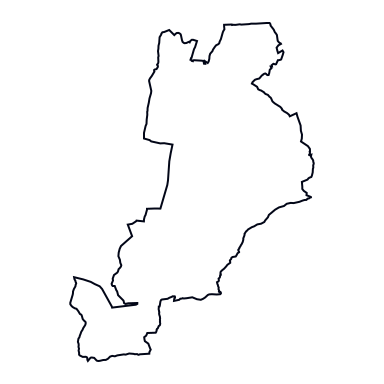 Schitu Golesti, Arges, Romania
{"feature_id": "2599482B88468084359717", "entity_name": "Schitu Golesti", "entity_type": "district", "adm_level": 2, "iso_a3": "ROU", "parent_name": "Romania", "parent_adm1": "Arges", "projection": "equal_earth", "projection_center": [25.003, 45.176], "detail": "fine", "context": "isolated", "style": "outline", "palette": "ink", "viewbox_px": 384, "rotation_deg": 0, "n_neighbors": 0, "source": "geoboundaries", "source_scale": "gbopen_adm2", "svg_char_len": 5909}
<svg xmlns="http://www.w3.org/2000/svg" viewBox="0 0 384 384"><path d="M311.8,197.1L311.5,197.2L306.5,195.2L306.7,192.9L303.8,190.9L302.3,189.0L302.3,186.7L301.9,181.9L307.5,179.6L308.4,178.4L309.4,177.7L311.3,177.0L311.9,175.6L312.7,172.4L312.9,168.8L313.3,167.7L313.2,165.3L313.7,163.8L313.7,163.0L313.3,161.9L313.2,160.6L312.7,159.5L311.7,158.3L310.9,156.6L311.3,154.7L309.8,155.2L309.2,155.1L309.1,154.8L309.9,153.5L310.0,153.1L309.8,152.5L310.0,152.0L309.7,151.5L310.0,151.1L309.9,148.9L307.9,146.1L301.0,141.5L301.8,138.6L302.0,134.6L300.9,130.8L300.6,125.5L297.5,116.8L296.5,113.2L289.8,116.3L289.0,114.7L287.1,113.1L284.1,111.4L282.0,109.6L281.9,108.7L280.3,106.9L275.0,103.6L273.3,102.2L272.4,101.3L271.1,98.3L270.5,97.5L269.5,96.8L267.9,94.9L265.6,94.0L264.6,93.2L264.1,92.4L261.1,90.5L260.0,90.2L258.2,89.3L257.1,86.8L253.2,84.3L251.9,83.6L252.5,82.2L254.9,79.8L256.5,79.2L259.3,78.5L261.9,75.4L262.7,75.0L263.3,74.3L264.4,73.7L265.4,73.5L266.2,74.0L266.8,74.7L267.6,75.1L268.6,75.0L269.2,73.2L269.8,69.7L271.4,68.3L270.7,66.5L272.0,66.5L271.7,65.2L273.4,63.8L275.4,64.4L276.1,64.2L277.9,60.2L278.7,60.2L280.8,59.7L281.2,59.3L282.8,54.7L283.5,52.2L282.5,50.5L278.1,53.1L277.4,50.9L276.6,47.7L278.4,45.3L281.0,43.9L280.7,43.4L279.6,42.9L278.8,42.2L277.7,40.8L276.9,35.0L275.8,33.3L274.9,32.3L273.7,29.6L270.6,25.6L270.4,24.2L269.6,23.0L266.6,23.0L255.5,23.7L251.0,23.7L249.0,24.1L241.3,24.6L239.7,24.3L235.5,24.9L233.5,24.8L232.0,25.0L231.8,24.5L224.1,24.8L224.1,26.2L224.4,29.3L223.3,31.1L222.8,32.3L220.9,39.1L219.7,41.5L219.2,43.3L218.3,44.2L216.1,45.3L214.9,46.8L213.0,49.6L212.4,51.2L210.2,53.7L209.5,56.0L209.3,58.9L208.6,61.6L207.7,63.0L205.0,61.2L205.3,63.8L204.0,63.7L203.5,61.0L201.9,60.7L193.9,60.2L193.1,60.5L192.9,61.2L191.8,60.9L191.8,60.3L190.5,59.8L191.1,58.0L191.5,57.9L194.0,49.2L195.1,47.1L197.0,41.0L193.2,39.8L191.8,39.8L190.3,41.0L189.7,42.3L189.2,41.9L188.7,41.9L186.3,43.0L184.6,43.2L183.8,42.9L182.6,41.9L182.0,40.2L181.0,35.5L180.7,34.4L180.1,33.8L179.4,33.3L178.4,32.9L176.8,33.0L175.6,33.8L174.3,35.1L169.2,30.0L164.2,32.0L162.4,32.3L161.4,33.6L161.2,34.6L159.6,37.2L159.2,43.0L158.5,45.8L158.4,48.7L158.0,51.1L158.6,56.0L158.2,57.3L158.4,61.9L158.2,63.0L157.8,63.9L157.1,64.5L157.1,64.9L157.8,65.7L157.9,66.8L157.4,67.7L156.5,69.1L154.8,69.5L154.2,69.9L154.1,70.9L154.4,71.6L151.7,76.1L150.0,78.4L149.2,80.0L149.1,81.0L151.3,90.9L151.0,93.3L149.5,98.4L148.8,102.7L147.6,108.0L147.5,111.0L147.2,111.7L147.3,114.8L146.7,119.5L146.5,123.9L145.6,126.0L144.0,132.9L144.0,138.5L149.6,140.1L151.2,141.4L160.3,143.4L164.2,143.2L172.5,144.6L170.7,153.2L169.3,161.3L168.0,180.4L167.3,185.0L160.4,208.6L155.3,208.5L147.0,208.8L147.0,209.7L145.5,215.1L144.7,216.5L144.0,219.3L143.9,221.4L136.5,220.6L136.2,221.2L132.3,223.8L127.8,224.6L132.1,236.2L121.0,246.0L119.7,248.8L118.7,252.6L118.4,256.2L119.9,259.8L120.3,262.8L121.3,265.2L120.9,266.6L120.0,267.8L118.6,269.2L118.0,271.4L117.3,272.6L114.0,275.0L112.7,278.7L113.0,280.5L111.6,283.8L112.1,285.4L112.7,286.0L114.7,286.0L116.4,290.4L117.1,291.3L118.1,295.2L123.5,300.6L124.1,303.1L125.4,303.9L128.2,303.3L137.3,303.0L137.3,303.9L135.9,304.7L112.1,307.6L111.8,306.5L102.1,289.0L99.7,286.3L94.8,284.1L90.8,281.9L83.2,279.4L74.1,277.2L74.5,279.3L75.4,280.8L75.6,282.0L76.0,282.6L76.2,283.5L75.7,284.6L75.4,286.4L73.9,289.0L73.0,291.6L73.0,293.0L72.7,294.7L70.3,302.7L70.3,304.2L71.3,305.7L72.6,307.0L74.8,308.3L76.5,308.8L78.4,311.3L79.9,313.9L81.0,314.5L81.5,315.0L81.9,316.0L82.7,319.0L84.0,320.6L85.4,321.8L85.6,322.3L85.7,323.1L85.4,324.6L85.0,325.4L83.3,328.0L82.5,329.9L81.3,331.7L80.5,334.0L79.8,335.7L79.5,337.0L79.3,337.5L78.5,338.5L78.4,338.9L77.9,341.9L78.6,343.8L78.7,345.2L78.5,346.9L79.0,348.7L78.6,350.6L79.1,352.7L79.1,354.7L79.9,355.5L82.7,356.9L85.8,356.8L86.9,357.3L87.2,357.7L87.4,359.9L87.9,360.9L90.2,358.1L91.1,357.5L91.8,357.5L94.2,357.9L96.5,360.4L97.1,360.8L98.6,361.0L100.0,360.8L103.2,360.0L105.8,359.9L106.4,359.6L107.9,358.8L110.1,356.6L112.2,355.9L114.9,356.3L117.3,355.4L123.8,354.4L125.7,354.6L129.2,353.5L133.8,353.9L134.7,354.2L137.2,354.1L137.9,354.6L138.7,354.8L139.8,354.3L149.3,353.7L149.4,352.1L150.7,349.6L150.1,348.3L148.3,343.6L144.9,341.2L144.5,339.6L144.2,337.2L146.1,335.7L146.7,334.5L147.3,333.0L155.7,332.7L156.2,331.9L156.7,330.3L156.6,329.9L156.8,329.3L157.1,328.8L157.4,328.7L157.8,328.3L158.7,326.1L159.8,325.3L160.2,323.9L160.2,323.3L159.9,321.9L160.1,321.1L159.9,319.7L160.1,318.6L159.9,316.6L159.3,314.8L159.1,313.7L159.3,312.1L159.1,311.9L159.0,310.6L158.7,309.7L158.7,308.2L158.8,307.5L158.8,306.6L159.5,306.5L159.8,305.5L160.4,301.5L161.0,300.1L161.9,299.5L167.6,298.8L169.3,297.8L172.1,296.7L172.5,296.3L174.7,296.3L175.0,296.9L175.0,297.8L174.5,298.1L174.2,299.2L174.0,300.9L179.2,299.8L180.3,298.7L181.8,298.6L182.6,298.2L183.8,298.5L186.7,298.2L192.3,297.3L196.9,299.2L200.8,299.8L203.1,298.8L205.1,297.5L207.8,295.0L209.2,294.4L211.9,294.2L216.8,294.5L220.2,294.2L220.9,293.5L220.8,292.4L220.3,291.9L219.8,291.7L219.3,292.0L218.9,291.7L219.1,290.5L218.5,289.1L218.7,287.6L218.0,285.9L217.9,285.0L217.4,284.0L217.0,282.2L218.4,281.4L218.7,281.0L218.9,280.3L218.6,278.6L219.8,277.5L220.1,276.2L220.1,275.2L220.8,274.9L220.8,274.0L220.4,273.3L220.6,272.0L221.0,271.4L222.2,270.2L224.1,268.7L226.2,266.4L227.4,264.8L230.2,262.8L230.2,261.8L229.9,260.8L229.9,260.4L231.1,259.1L231.5,257.7L232.6,257.0L235.7,256.5L236.4,255.5L237.6,253.2L239.1,252.2L239.1,251.9L238.3,250.3L238.3,249.7L239.3,248.5L239.3,247.9L240.5,246.1L240.8,245.3L241.5,244.4L242.7,242.0L243.3,239.7L243.3,238.3L244.3,235.8L244.6,234.6L244.5,233.9L246.1,231.4L247.2,230.5L248.0,229.5L251.8,227.2L254.2,226.3L257.3,224.4L261.1,223.7L264.3,222.0L265.2,220.4L267.9,217.3L268.9,214.9L275.1,209.7L279.0,207.4L284.0,206.0L286.7,203.8L290.7,202.9L293.6,203.1L299.5,201.8L302.5,200.6L304.5,200.0L306.4,199.9L307.6,198.6L308.8,198.5L310.6,197.3L311.8,197.1Z" fill="none" stroke="#020617" stroke-width="2"/></svg>